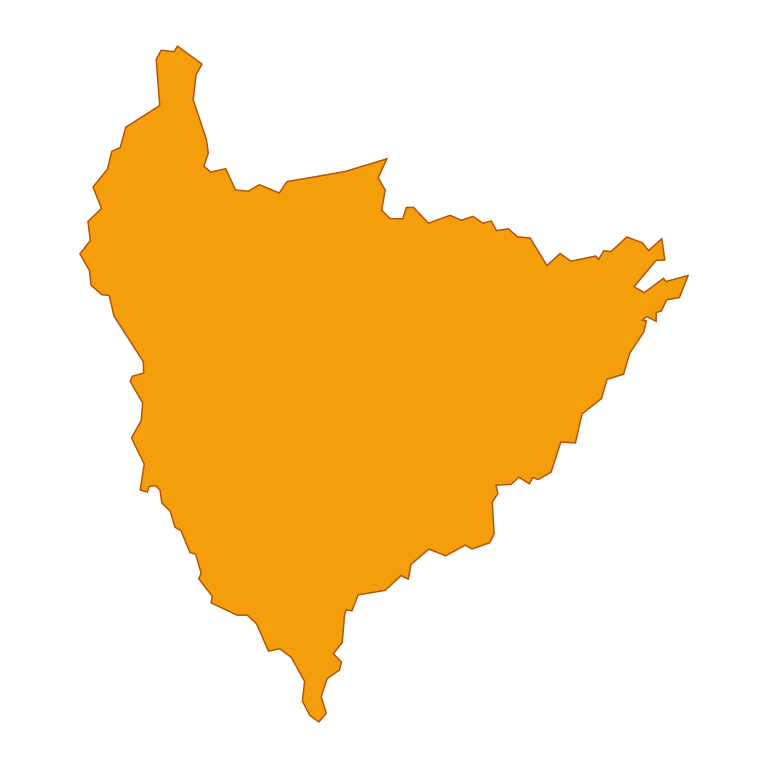 the district of Lilongwe, Lilongwe, Malawi
{"feature_id": "42251766B26147222520266", "entity_name": "Lilongwe", "entity_type": "district", "adm_level": 2, "iso_a3": "MWI", "parent_name": "Malawi", "parent_adm1": "Lilongwe", "projection": "orthographic", "projection_center": [33.601, -14.039], "detail": "medium", "context": "isolated", "style": "filled", "palette": "amber", "viewbox_px": 768, "rotation_deg": 0, "n_neighbors": 0, "source": "geoboundaries", "source_scale": "gbopen_adm2", "svg_char_len": 1907}
<svg xmlns="http://www.w3.org/2000/svg" viewBox="0 0 768 768"><path d="M688.1,275.5L665.9,281.5L663.5,278.3L644.2,292.7L634.1,286.7L656.1,260.3L664.8,260.0L661.8,238.7L648.5,250.5L642.4,242.8L626.8,237.0L610.9,251.6L603.8,250.7L598.6,259.5L595.6,256.0L570.9,261.2L560.1,253.5L546.9,265.5L530.2,238.0L517.3,236.7L508.4,228.8L496.4,230.6L491.4,221.0L482.9,223.2L473.0,216.4L461.2,220.2L450.1,215.3L428.4,223.2L413.6,207.4L406.4,207.4L402.8,218.8L390.1,218.6L381.6,210.2L385.2,190.0L378.1,177.8L386.9,158.8L345.2,171.5L287.0,181.6L279.2,193.0L259.4,184.7L248.3,191.2L235.5,190.0L225.7,168.7L210.7,172.1L203.9,166.2L208.3,153.1L206.4,139.3L193.2,99.8L196.0,75.1L201.9,64.1L177.5,46.1L174.0,51.7L161.2,50.2L156.2,59.5L159.7,105.5L125.7,127.3L120.2,147.6L111.8,151.3L107.4,169.2L93.0,187.0L101.5,208.5L88.0,221.4L90.3,240.6L79.9,253.8L89.5,270.7L91.0,285.2L101.9,294.7L109.2,295.4L114.0,316.0L143.2,361.5L143.7,373.0L132.3,376.2L130.2,381.4L142.7,402.9L141.2,420.5L131.5,437.9L144.2,464.1L140.2,489.9L147.2,492.1L149.3,486.5L155.4,485.6L160.0,490.0L161.8,502.9L170.1,511.2L175.1,527.3L181.0,530.7L190.0,552.5L195.7,554.3L201.1,573.0L198.8,578.9L212.2,596.2L211.1,602.9L237.3,615.2L247.2,615.1L256.5,623.7L268.5,651.1L279.7,648.7L291.4,657.5L304.6,681.4L302.4,701.2L309.9,715.5L318.9,721.9L326.3,713.2L321.2,696.9L327.1,678.7L339.4,670.1L341.5,662.0L333.3,653.8L342.2,642.5L344.7,613.8L346.2,609.8L351.9,610.8L358.1,594.9L385.2,590.3L401.0,575.6L408.3,579.2L411.0,564.3L428.9,549.1L445.7,555.8L465.2,545.1L472.0,549.0L489.6,542.8L494.1,533.9L492.3,502.0L497.9,493.6L496.0,485.1L511.1,484.4L518.8,477.2L529.4,483.8L532.7,477.5L538.3,479.5L551.1,472.1L560.8,442.1L575.4,442.9L582.0,413.9L601.5,398.5L607.0,379.3L623.5,374.3L629.7,353.2L643.7,332.1L646.4,321.0L642.5,320.1L646.7,316.6L656.1,321.3L656.2,312.6L661.4,310.9L666.6,299.9L679.4,297.5L688.1,275.5Z" fill="#f59e0b" stroke="#b45309" stroke-width="1.5"/></svg>